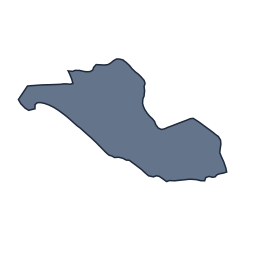 Natal, Rio Grande do Norte, Brazil (Equal Earth projection), rotated 132°
{"feature_id": "56859067B10091866773684", "entity_name": "Natal", "entity_type": "district", "adm_level": 2, "iso_a3": "BRA", "parent_name": "Brazil", "parent_adm1": "Rio Grande do Norte", "projection": "equal_earth", "projection_center": [-35.228, -5.802], "detail": "fine", "context": "isolated", "style": "filled", "palette": "slate", "viewbox_px": 256, "rotation_deg": 132, "n_neighbors": 0, "source": "geoboundaries", "source_scale": "gbopen_adm2", "svg_char_len": 1727}
<svg xmlns="http://www.w3.org/2000/svg" viewBox="0 0 256 256"><g transform="rotate(132 128 128)"><path d="M180.2,228.5L181.7,223.8L182.1,217.6L181.3,213.6L179.2,212.2L176.0,210.0L172.8,212.7L170.0,212.4L167.9,210.3L165.8,207.0L163.8,202.2L162.3,196.9L161.4,191.6L160.9,186.6L160.5,181.4L160.4,176.7L160.4,172.6L160.4,167.5L160.0,163.7L160.0,160.6L160.0,157.1L160.0,153.8L159.9,148.8L160.0,145.7L160.1,142.0L160.4,137.2L160.7,132.3L161.0,127.7L160.9,124.0L159.6,121.2L158.9,118.2L156.0,115.4L154.0,111.7L153.0,107.8L151.1,105.4L150.8,101.6L150.4,97.9L150.1,94.0L149.8,90.4L149.9,85.7L149.8,80.8L147.3,76.4L144.6,75.0L143.1,72.6L142.6,69.1L142.0,63.5L139.4,62.1L135.9,57.9L124.9,48.0L123.0,45.7L120.6,42.6L118.5,38.7L115.9,35.7L112.7,37.1L109.7,35.3L108.2,32.4L106.1,30.6L103.3,30.6L100.7,29.3L97.9,27.1L94.7,25.2L92.2,28.6L89.0,34.4L86.9,39.3L85.0,43.2L82.3,45.2L77.8,48.2L75.1,51.1L73.9,55.1L74.3,59.1L74.4,62.1L74.8,66.3L75.3,71.1L75.7,75.6L76.2,80.1L77.2,86.0L79.5,88.0L82.7,89.5L87.7,92.1L91.8,94.2L97.6,97.1L101.0,98.9L104.4,100.4L106.8,102.3L107.8,105.6L107.0,109.5L105.3,112.8L104.8,116.2L104.8,119.5L104.2,123.7L103.1,127.8L101.8,130.8L100.0,133.6L96.5,136.4L93.6,137.4L89.3,140.5L86.4,143.8L83.4,145.2L81.8,148.0L81.2,153.1L81.1,156.4L81.4,160.0L81.3,164.4L80.6,168.6L80.5,172.9L80.8,177.4L82.5,180.5L84.4,182.7L87.7,183.8L91.1,184.3L94.3,185.3L97.1,187.8L99.2,190.4L102.2,194.1L105.9,194.1L108.5,193.0L111.2,193.8L113.0,195.4L115.1,198.0L117.6,202.5L120.5,205.8L123.0,207.1L125.6,210.7L126.9,207.5L129.4,202.4L131.8,198.7L134.3,200.4L136.1,202.9L138.2,205.3L140.8,207.5L143.9,210.7L147.4,214.3L150.8,217.9L154.0,221.2L161.7,228.6L164.1,230.8L180.2,228.5Z" fill="#64748b" stroke="#1e293b" stroke-width="1.5"/></g></svg>